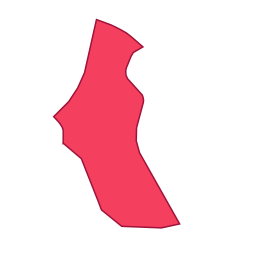 SVG path tracing the border of Hammersmith and Fulham, rotated 15°
{"feature_id": "GBR-2069", "entity_name": "Hammersmith and Fulham", "entity_type": "London Borough", "adm_level": 1, "iso_a3": "GBR", "parent_name": "United Kingdom", "parent_adm1": "", "projection": "orthographic", "projection_center": [-0.218, 51.497], "detail": "fine", "context": "isolated", "style": "filled", "palette": "rose", "viewbox_px": 256, "rotation_deg": 15, "n_neighbors": 0, "source": "natural_earth", "source_scale": "10m", "svg_char_len": 582}
<svg xmlns="http://www.w3.org/2000/svg" viewBox="0 0 256 256"><g transform="rotate(15 128 128)"><path d="M147.4,224.6L123.6,214.0L118.2,206.5L90.9,169.7L69.6,159.6L69.3,159.8L69.0,158.2L66.0,147.0L64.2,144.2L61.6,141.8L58.5,139.5L53.3,136.3L64.0,117.7L69.1,102.2L71.7,85.9L69.5,31.4L85.4,32.9L95.3,34.9L101.8,36.6L108.1,39.3L121.4,45.8L113.6,53.7L112.3,58.4L110.9,69.9L110.9,72.8L112.3,77.4L114.8,80.5L133.3,92.5L134.5,94.3L135.9,97.3L136.2,99.6L136.2,125.6L139.3,138.3L145.5,148.9L202.7,207.3L186.2,215.8L147.4,224.6Z" fill="#f43f5e" stroke="#9f1239" stroke-width="1.5"/></g></svg>